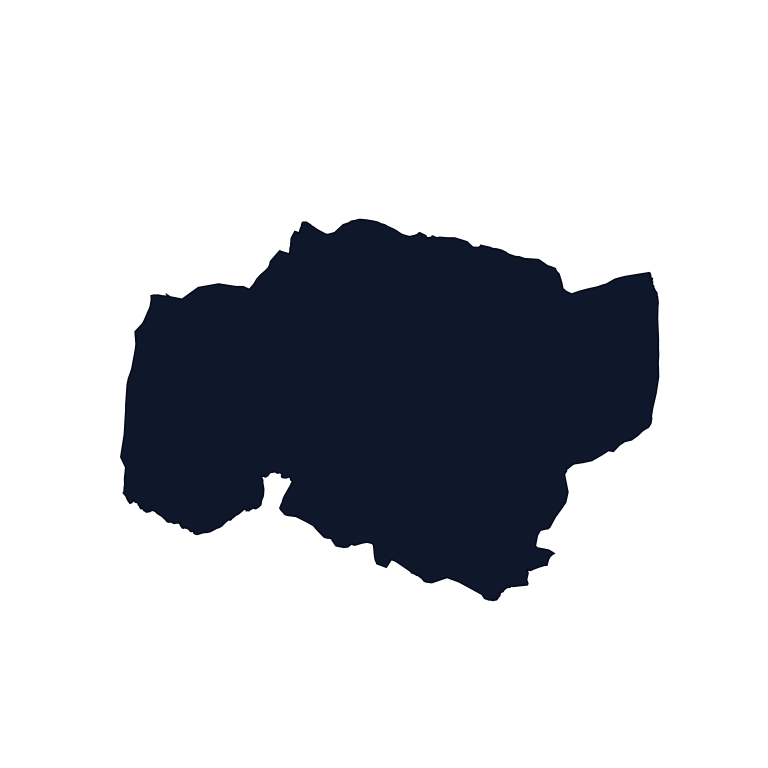 Hjartdal nor, Telemark, Norway, rotated 125°
{"feature_id": "86288312B76434721018946", "entity_name": "Hjartdal nor", "entity_type": "district", "adm_level": 2, "iso_a3": "NOR", "parent_name": "Norway", "parent_adm1": "Telemark", "projection": "albers", "projection_center": [8.717, 59.692], "detail": "fine", "context": "isolated", "style": "filled", "palette": "ink", "viewbox_px": 768, "rotation_deg": 125, "n_neighbors": 0, "source": "geoboundaries", "source_scale": "gbopen_adm2", "svg_char_len": 6159}
<svg xmlns="http://www.w3.org/2000/svg" viewBox="0 0 768 768"><g transform="rotate(125 384 384)"><path d="M445.2,625.4L448.4,622.9L454.9,619.8L469.9,616.7L473.7,616.4L483.9,617.9L493.5,610.0L498.3,607.4L516.5,599.1L525.9,596.5L531.6,594.1L548.7,583.8L553.4,580.6L574.2,567.8L594.8,557.7L600.5,547.7L610.2,542.3L615.6,538.4L617.8,537.4L621.3,535.1L622.1,535.3L622.9,534.9L623.7,531.2L625.6,528.3L626.6,526.1L626.8,525.9L627.0,524.7L627.5,523.7L626.4,522.9L625.4,522.6L622.8,522.3L622.8,521.8L623.0,521.4L622.7,520.9L622.7,520.6L623.5,520.1L622.8,518.5L622.7,517.7L622.8,517.3L623.2,516.4L624.0,515.7L623.9,513.8L624.7,513.6L625.2,512.9L625.5,512.0L624.5,509.4L625.1,508.6L625.4,507.6L625.3,507.2L624.7,506.9L625.3,505.3L624.1,503.9L623.7,504.0L623.7,503.8L622.9,503.5L623.1,503.2L622.9,502.7L621.7,502.1L620.5,502.1L619.7,499.3L619.4,498.0L619.8,497.0L620.0,495.3L619.8,490.9L619.6,490.7L620.5,484.6L621.0,483.7L620.9,481.6L619.3,479.5L619.0,478.9L618.7,476.4L618.4,475.6L616.8,474.3L615.5,472.0L614.1,471.2L614.3,470.6L615.7,470.6L616.1,470.4L616.5,469.8L617.5,466.8L617.5,466.1L617.1,465.6L615.7,464.5L615.7,463.7L615.3,463.4L615.0,461.1L615.0,459.9L615.1,459.5L615.6,458.8L615.7,458.2L615.5,457.4L614.6,457.3L614.3,455.3L615.1,454.3L615.3,453.3L614.9,452.1L614.5,451.8L614.7,451.3L613.9,450.3L609.9,447.2L608.4,445.7L606.6,443.4L604.5,441.6L597.3,437.9L596.8,437.2L595.2,436.4L593.6,435.6L588.5,434.7L584.7,433.7L584.3,433.2L583.7,432.0L582.7,431.5L581.2,431.5L579.3,430.7L578.0,430.7L577.2,430.2L576.3,430.1L575.7,429.6L573.7,428.6L566.7,426.8L565.9,425.9L565.9,425.2L566.6,424.6L566.8,424.1L566.1,423.4L565.4,422.0L563.3,421.5L563.0,421.2L560.3,419.8L560.1,419.1L560.2,418.2L559.3,417.4L557.6,416.5L553.7,415.6L549.7,417.5L548.1,418.0L545.9,418.4L543.7,419.4L539.1,422.2L534.4,426.8L532.5,428.1L531.9,428.7L530.6,431.4L529.9,431.1L529.4,430.4L528.6,429.8L528.3,429.4L528.4,428.2L527.2,427.1L525.3,426.6L522.5,426.7L521.7,426.3L520.9,425.7L520.4,424.9L519.6,424.3L518.5,423.0L518.2,422.3L518.3,420.5L517.8,419.8L517.0,419.4L516.4,418.4L516.2,417.4L516.3,415.8L518.3,415.1L518.8,414.6L518.9,414.0L518.8,413.4L517.6,411.0L516.6,409.9L515.3,409.2L514.4,408.2L514.8,406.6L516.0,405.4L516.1,403.2L521.3,402.3L532.4,401.3L536.0,400.6L540.7,399.0L541.3,399.2L542.8,398.7L545.3,398.2L546.1,396.7L546.5,395.6L546.8,393.7L547.4,391.7L547.6,390.3L547.2,388.3L542.9,380.0L541.0,367.0L540.4,360.3L541.4,357.0L543.7,345.7L543.6,344.5L542.5,341.7L541.8,340.8L541.6,340.2L541.2,339.7L541.1,338.9L540.7,337.6L541.7,336.9L544.1,330.5L540.8,323.1L538.1,320.2L533.7,318.9L533.1,316.0L532.5,315.3L527.1,311.0L523.5,307.5L522.6,305.8L522.0,303.8L521.2,302.4L522.1,299.9L529.8,293.5L532.5,290.8L533.5,289.7L534.8,287.2L535.3,286.8L532.8,277.0L523.9,277.4L523.2,276.2L522.7,274.0L522.4,271.8L522.3,268.5L522.2,256.0L522.3,255.9L522.2,255.7L522.2,255.2L522.4,254.0L522.9,253.1L522.4,252.6L522.4,251.4L522.1,251.4L522.0,250.7L522.0,248.6L521.9,247.3L521.3,246.7L521.5,244.4L521.2,243.6L521.5,242.7L521.3,242.1L521.0,241.9L521.5,241.3L522.5,237.8L521.8,237.5L521.4,237.0L522.1,236.2L519.3,230.9L506.3,221.4L503.0,209.0L500.1,183.0L501.8,179.2L501.7,178.7L501.9,177.9L501.1,176.4L501.1,175.9L500.9,175.2L501.0,174.7L500.1,173.5L498.6,170.2L497.7,169.7L497.3,169.3L496.9,168.6L495.8,167.9L492.7,168.0L491.6,167.7L490.6,167.9L488.3,169.0L486.8,168.2L485.9,167.5L483.2,167.6L481.6,166.9L480.1,166.6L478.3,164.3L476.7,164.0L475.9,162.4L466.3,151.3L464.8,151.8L462.6,154.9L456.1,157.6L454.4,160.7L452.8,157.1L449.5,155.2L444.9,152.0L440.3,148.4L439.0,146.6L433.7,148.6L430.5,149.0L427.9,148.6L425.2,147.5L425.6,153.8L430.4,164.5L429.9,167.1L420.2,171.5L414.2,172.1L410.2,168.6L408.5,166.7L406.2,166.1L394.8,167.4L384.1,167.2L376.8,167.3L367.1,171.3L354.5,184.4L350.6,184.6L349.1,185.7L347.7,184.8L346.5,184.7L342.5,183.5L340.3,182.5L334.3,176.2L327.5,169.9L316.9,164.9L309.7,162.0L307.7,157.5L298.9,156.2L293.1,153.9L287.8,149.2L280.7,146.7L273.4,145.2L267.7,142.6L263.3,142.8L258.7,145.0L257.2,146.5L249.8,150.1L235.9,155.7L220.7,163.2L213.1,168.8L209.6,171.5L202.9,175.6L197.5,179.7L190.0,184.9L173.5,197.5L163.0,204.5L160.7,205.7L157.4,208.4L156.5,209.5L155.6,210.0L155.1,211.0L154.0,211.9L153.0,212.4L152.8,213.5L152.4,213.8L152.4,214.6L151.8,215.5L151.8,215.8L152.0,216.1L150.9,217.1L151.1,217.3L150.7,218.0L150.2,218.5L149.3,219.0L149.4,219.7L149.0,219.9L149.0,220.2L148.7,220.6L148.5,221.2L147.1,222.1L146.9,222.9L146.6,222.9L146.8,223.1L146.6,223.6L146.1,223.5L146.1,223.9L145.9,224.1L144.8,224.1L143.6,224.7L143.8,225.2L143.8,225.7L144.2,225.8L143.9,226.3L144.4,226.6L144.4,226.8L143.8,227.2L143.1,227.1L142.4,228.2L141.9,228.0L141.7,228.4L141.1,228.9L140.6,230.0L140.5,230.4L149.4,239.6L157.1,247.5L161.8,251.7L165.9,255.0L174.5,259.0L177.9,261.8L182.1,264.8L189.3,271.4L195.8,276.9L202.7,281.9L203.7,287.8L203.3,292.2L199.0,296.7L193.5,303.7L192.7,307.7L191.2,309.8L192.2,314.2L193.4,317.9L193.4,328.7L200.7,340.8L202.2,346.1L204.3,349.6L206.3,356.5L206.2,359.6L207.0,364.5L208.7,369.1L210.9,373.0L211.0,374.7L214.9,384.3L215.7,383.9L218.5,385.3L219.6,387.6L221.0,389.3L220.4,394.9L219.8,397.1L223.8,409.9L227.7,415.4L232.2,423.0L233.5,423.5L233.9,424.8L234.5,426.3L234.8,428.9L235.1,429.3L237.0,429.4L239.8,433.0L238.6,434.6L238.6,435.3L239.6,441.5L240.0,441.9L242.6,442.5L245.2,444.4L248.8,447.8L251.1,454.6L251.4,457.6L251.4,461.8L251.8,465.5L252.3,467.9L252.4,469.0L252.9,470.7L253.2,474.8L254.6,478.6L255.1,482.1L257.0,486.7L259.6,492.1L263.0,498.1L264.1,499.3L267.1,501.7L269.0,503.9L270.5,504.7L271.5,504.7L277.0,508.8L288.3,511.2L293.6,515.6L294.7,517.4L295.8,525.9L296.0,529.1L295.8,531.4L296.1,533.2L295.8,535.6L296.0,540.2L297.6,542.8L298.5,543.4L299.4,543.3L302.4,542.0L304.3,541.7L309.1,540.1L309.8,543.4L310.2,544.5L317.8,543.6L325.1,539.2L326.4,539.0L329.5,537.0L331.9,536.3L334.3,543.8L334.7,545.8L348.5,547.3L352.1,545.9L354.6,545.4L358.8,545.9L365.0,547.5L370.9,548.3L376.7,547.8L383.8,548.5L385.0,555.1L389.1,560.9L396.9,576.8L411.5,591.4L430.4,598.0L435.3,609.1L435.4,613.0L435.9,612.2L436.6,611.9L439.2,616.5L439.8,618.0L440.7,619.9L440.7,620.3L441.9,621.2L441.9,621.5L443.1,623.4L445.2,625.4Z" fill="#0f172a" stroke="#020617" stroke-width="1.5"/></g></svg>